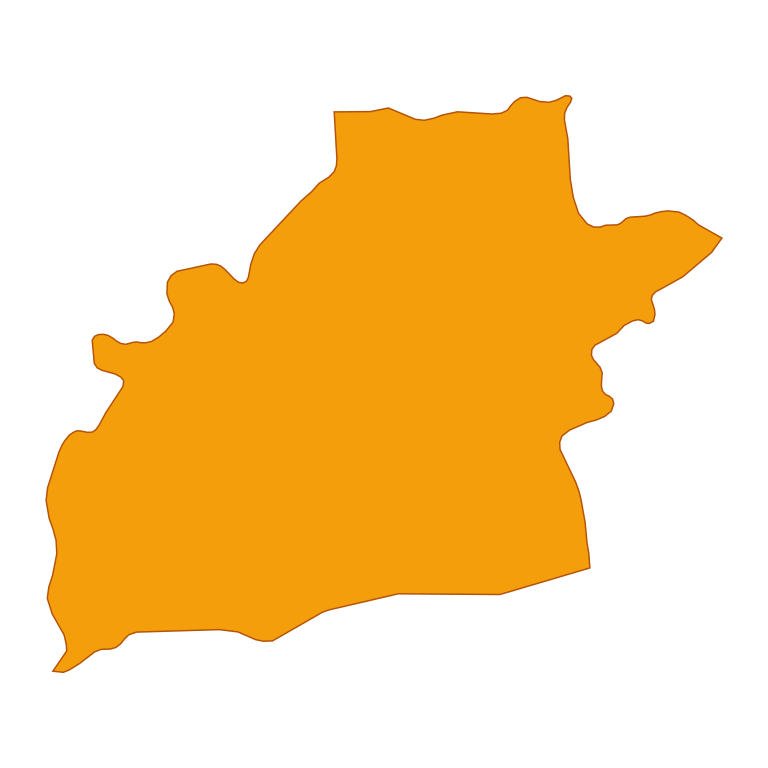 the County of Sibiu
{"feature_id": "ROU-303", "entity_name": "Sibiu", "entity_type": "County", "adm_level": 1, "iso_a3": "ROU", "parent_name": "Romania", "parent_adm1": "", "projection": "albers", "projection_center": [24.256, 45.858], "detail": "fine", "context": "isolated", "style": "filled", "palette": "amber", "viewbox_px": 768, "rotation_deg": 0, "n_neighbors": 0, "source": "natural_earth", "source_scale": "10m", "svg_char_len": 2337}
<svg xmlns="http://www.w3.org/2000/svg" viewBox="0 0 768 768"><path d="M589.9,567.9L499.9,594.5L398.2,593.8L329.3,609.8L322.4,612.2L272.5,640.9L263.1,641.2L255.5,639.6L237.9,631.9L219.1,629.6L136.5,632.1L128.9,634.7L124.7,638.8L120.5,643.9L115.9,647.5L109.7,649.1L101.1,649.3L94.6,651.9L79.3,663.7L69.1,670.0L63.3,672.3L52.9,671.2L66.7,651.0L66.3,644.3L64.1,634.9L52.2,613.9L47.3,598.4L48.8,587.1L52.7,574.9L56.8,553.8L56.1,540.6L53.0,528.9L49.2,518.5L46.1,500.4L47.6,487.7L59.0,451.9L62.4,444.5L65.4,439.9L69.5,435.0L73.4,432.3L76.6,430.9L80.2,430.9L87.8,432.4L92.6,432.0L95.9,429.6L99.1,425.2L105.8,412.7L122.9,386.6L123.7,380.7L120.6,376.9L114.7,373.8L102.2,370.4L97.4,368.0L94.3,363.5L92.2,340.2L94.6,336.3L98.4,334.6L103.2,334.3L107.8,335.3L112.5,337.9L116.7,341.2L120.9,343.5L125.8,344.3L133.7,342.2L137.0,342.0L140.8,342.7L145.5,342.8L151.4,341.5L158.7,337.1L165.6,331.3L173.0,322.3L174.3,313.9L172.7,307.5L169.2,300.9L166.9,293.7L167.4,282.2L171.0,275.8L176.9,271.3L210.8,264.0L216.5,264.3L220.9,266.2L225.3,269.8L233.9,278.8L238.4,282.2L242.6,283.1L246.5,281.2L248.4,277.2L250.8,264.3L254.2,254.1L259.7,245.1L300.9,201.1L311.8,191.5L319.2,183.2L328.7,177.3L334.1,171.8L336.4,165.9L336.9,158.7L334.2,111.9L370.4,111.6L388.4,108.0L415.3,119.3L424.4,120.3L433.9,118.2L442.2,115.1L457.4,111.8L491.7,114.0L501.3,113.2L507.4,110.3L510.8,105.6L514.5,101.6L520.5,97.7L526.8,97.3L539.7,101.5L549.0,102.3L556.1,100.4L565.5,95.7L569.9,96.1L571.8,98.3L570.5,102.3L567.1,107.2L564.7,113.0L564.4,119.8L567.8,138.7L570.3,179.3L573.3,197.4L578.5,213.2L587.1,223.9L593.9,227.1L600.2,227.1L605.7,225.2L617.2,224.9L621.0,223.1L626.2,218.5L630.0,217.2L645.2,216.2L650.7,214.9L654.8,213.2L661.3,211.6L667.9,210.9L678.8,212.0L685.4,215.1L693.2,220.2L698.4,224.8L721.9,238.1L711.5,252.5L682.6,276.9L655.4,292.0L652.3,295.3L651.3,299.6L654.4,309.0L655.0,314.4L653.5,321.2L649.4,323.4L646.2,323.1L642.4,320.9L638.3,319.7L632.5,320.9L624.1,325.5L616.7,333.4L594.8,345.3L591.8,349.7L591.5,355.4L593.3,359.4L600.1,367.4L602.2,372.8L601.6,380.5L601.4,386.6L602.6,391.2L605.7,394.6L609.1,396.1L612.5,399.0L613.8,403.6L611.3,411.1L604.8,416.3L596.3,420.0L587.2,422.4L569.4,430.2L562.0,436.0L559.7,442.1L560.0,449.4L575.6,482.0L578.7,490.5L580.9,498.9L585.1,522.4L587.0,542.8L588.8,553.4L589.9,567.9Z" fill="#f59e0b" stroke="#b45309" stroke-width="1.5"/></svg>